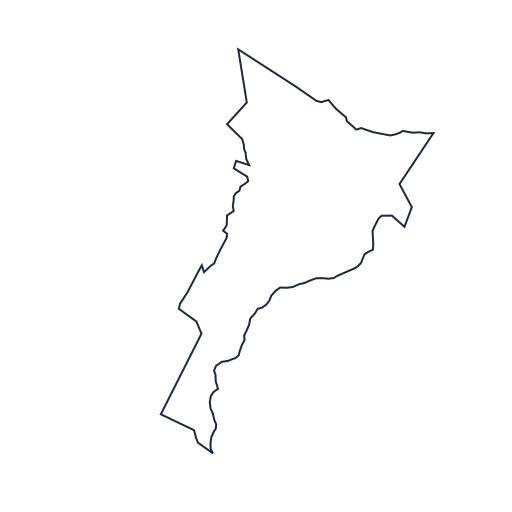 Condado, Paraíba, Brazil (Mercator projection), rotated 209°
{"feature_id": "56859067B6390679089384", "entity_name": "Condado", "entity_type": "district", "adm_level": 2, "iso_a3": "BRA", "parent_name": "Brazil", "parent_adm1": "Paraíba", "projection": "mercator", "projection_center": [-37.624, -6.87], "detail": "fine", "context": "isolated", "style": "outline", "palette": "slate", "viewbox_px": 512, "rotation_deg": 209, "n_neighbors": 0, "source": "geoboundaries", "source_scale": "gbopen_adm2", "svg_char_len": 1821}
<svg xmlns="http://www.w3.org/2000/svg" viewBox="0 0 512 512"><g transform="rotate(209 256 256)"><path d="M160.4,449.5L166.8,445.7L173.1,443.4L178.2,440.1L182.6,438.4L188.1,436.7L190.1,433.4L193.4,429.6L197.1,426.5L206.5,423.4L213.9,421.0L222.3,419.5L226.0,418.9L229.5,415.2L233.6,416.2L242.0,418.0L244.4,420.9L250.0,422.0L257.4,423.5L261.0,424.8L268.2,427.6L273.6,422.2L278.6,421.0L303.7,423.5L371.7,428.1L338.5,385.8L345.2,357.2L324.9,351.6L320.7,347.6L318.3,343.8L314.8,340.9L311.8,336.3L306.1,332.2L319.5,329.5L317.9,321.9L302.2,321.1L299.1,317.8L300.8,313.6L303.2,309.1L302.2,304.9L304.2,301.2L304.3,297.3L302.5,293.8L300.5,288.5L297.3,284.5L301.0,277.5L298.9,273.3L296.5,268.6L297.0,262.2L292.0,261.4L290.5,257.7L290.2,241.6L289.7,234.6L289.0,229.2L290.9,225.3L292.0,221.8L293.6,216.7L298.9,221.6L298.9,216.3L298.5,197.8L298.3,191.6L299.3,177.4L297.9,172.4L276.4,169.8L266.0,161.6L262.5,71.4L225.7,73.6L220.5,68.1L216.4,64.6L197.9,62.5L202.2,65.4L205.1,70.3L207.3,76.1L207.7,81.0L207.5,85.6L209.1,89.3L213.3,92.7L217.4,97.3L221.9,100.7L225.6,105.8L227.6,111.6L227.2,116.6L224.8,121.3L230.5,126.9L233.8,132.4L237.2,135.5L237.7,140.7L234.6,146.9L229.7,150.6L227.2,153.7L224.5,156.8L223.0,160.7L224.1,164.9L225.2,171.1L225.3,177.0L227.8,180.7L228.1,186.7L228.7,192.5L230.7,198.5L229.1,205.3L228.9,210.7L225.7,213.8L223.4,218.5L222.7,223.5L223.4,228.6L222.1,234.7L219.6,240.1L213.9,243.0L208.8,246.7L204.9,251.9L200.6,255.8L197.3,260.2L192.6,265.7L186.6,269.1L181.5,271.3L177.3,274.5L175.1,278.3L171.9,282.4L167.6,288.1L163.3,293.6L161.6,297.3L160.8,301.2L161.4,305.6L161.9,310.1L159.8,314.0L156.8,318.1L158.8,322.5L161.9,327.6L166.0,334.0L166.6,338.0L166.8,343.5L167.0,348.1L165.6,352.2L160.7,354.9L156.7,357.2L140.3,353.5L143.4,374.3L165.4,388.5L160.4,449.5Z" fill="none" stroke="#1e293b" stroke-width="2"/></g></svg>